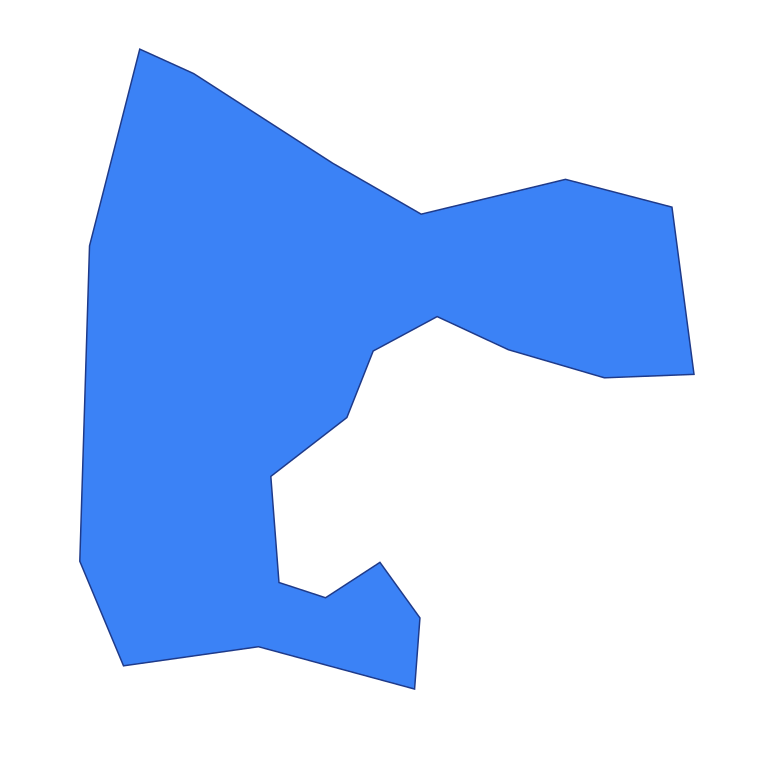 an SVG outline of Port Louis, rotated 186°
{"feature_id": "MUS-5189", "entity_name": "Port Louis", "entity_type": "City", "adm_level": 1, "iso_a3": "MUS", "parent_name": "Mauritius", "parent_adm1": "", "projection": "orthographic", "projection_center": [57.509, -20.162], "detail": "fine", "context": "isolated", "style": "filled", "palette": "blue", "viewbox_px": 768, "rotation_deg": 186, "n_neighbors": 0, "source": "natural_earth", "source_scale": "10m", "svg_char_len": 444}
<svg xmlns="http://www.w3.org/2000/svg" viewBox="0 0 768 768"><g transform="rotate(186 384 384)"><path d="M116.1,590.0L76.7,426.0L165.5,413.2L263.9,431.1L338.2,456.6L398.2,415.7L417.4,346.8L486.9,280.3L467.7,175.6L419.8,165.3L369.4,206.2L323.8,155.1L321.7,83.8L481.4,109.6L613.6,76.5L668.0,175.9L691.3,490.6L661.9,691.5L605.7,672.8L458.1,598.2L364.8,556.8L224.9,606.5L116.1,590.0Z" fill="#3b82f6" stroke="#1e3a8a" stroke-width="1.5"/></g></svg>